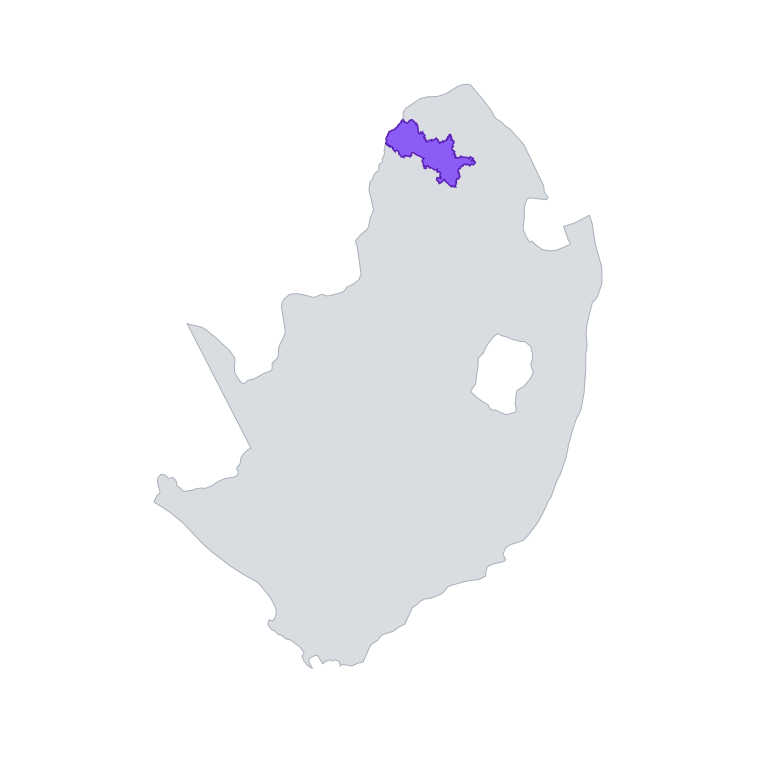 Capricorn, Limpopo, South Africa shown in context, rotated 334°
{"feature_id": "47623444B39961875100415", "entity_name": "Capricorn", "entity_type": "district", "adm_level": 2, "iso_a3": "ZAF", "parent_name": "South Africa", "parent_adm1": "Limpopo", "projection": "natural_earth1", "projection_center": [29.178, -23.544], "detail": "fine", "context": "in_parent", "style": "filled", "palette": "violet", "viewbox_px": 768, "rotation_deg": 334, "n_neighbors": 0, "source": "geoboundaries", "source_scale": "gbopen_adm2", "svg_char_len": 9510}
<svg xmlns="http://www.w3.org/2000/svg" viewBox="0 0 768 768"><g transform="rotate(334 384 384)"><path d="M523.9,145.9L541.0,143.4L548.6,144.8L557.8,148.9L566.4,150.3L581.0,148.8L586.0,149.5L590.0,150.9L592.8,153.1L597.0,169.2L600.5,186.5L600.4,192.0L600.9,194.2L605.0,201.5L606.5,206.1L608.9,209.8L614.1,228.2L614.7,231.4L614.4,276.0L612.3,281.4L613.2,288.4L610.7,289.4L596.3,280.4L593.8,280.7L589.7,284.1L586.0,289.3L584.2,293.8L576.9,305.8L576.4,313.4L576.9,320.0L579.4,320.2L581.1,324.9L585.0,332.4L591.6,337.2L597.8,339.4L606.4,340.0L613.2,339.8L612.8,334.8L614.5,321.2L625.8,322.9L642.6,322.4L641.4,331.2L635.1,351.3L631.1,373.8L626.0,385.2L623.2,389.9L615.0,398.2L610.7,401.0L607.1,401.9L593.1,418.7L587.9,426.8L583.3,438.7L578.7,445.1L571.9,459.0L560.1,479.4L550.2,492.8L545.8,496.7L542.8,498.5L535.0,506.2L523.9,518.7L515.5,529.8L502.9,542.4L495.6,547.9L484.7,558.8L481.6,560.4L469.3,570.4L460.5,576.5L446.2,583.6L440.5,585.6L426.9,583.8L421.2,584.8L416.5,589.0L416.2,595.2L414.2,596.1L401.7,593.3L396.5,593.8L393.6,597.0L391.2,601.2L384.0,601.4L371.2,597.1L356.2,594.5L352.7,594.2L345.5,597.4L343.0,597.8L332.4,597.2L326.5,595.1L320.9,595.1L316.6,596.8L311.4,597.4L297.6,608.9L290.3,609.0L284.0,610.3L272.9,608.7L269.6,609.5L266.3,611.5L258.8,612.4L255.9,614.1L243.4,624.6L238.2,623.5L231.5,623.4L223.9,617.8L221.0,618.2L221.7,616.5L221.9,613.5L219.1,610.4L216.2,610.6L214.5,608.1L210.0,607.8L206.3,608.6L205.3,598.9L203.6,597.9L199.0,597.7L196.8,598.0L195.8,598.9L194.7,601.2L194.9,608.0L193.3,606.0L191.3,601.9L190.6,597.6L191.1,592.4L194.5,590.5L193.3,584.0L187.6,572.8L184.3,570.4L181.6,564.6L179.0,562.5L177.8,558.5L175.2,555.2L174.2,550.1L175.5,547.2L177.6,545.6L179.9,548.1L182.6,547.1L186.4,543.5L188.5,537.9L188.4,528.9L187.7,523.3L184.1,508.8L182.6,505.5L175.2,495.1L166.7,481.3L155.7,459.4L150.4,446.2L142.1,419.7L135.0,404.7L126.5,390.7L125.4,389.8L126.6,388.1L130.9,384.8L132.8,384.0L133.9,384.4L134.9,383.5L135.8,381.3L136.4,376.3L138.3,371.1L140.1,368.9L143.9,367.4L146.9,369.4L148.2,371.3L148.7,373.8L150.1,375.0L152.2,374.9L153.7,376.5L154.6,379.7L154.5,382.0L153.4,383.4L153.6,385.3L155.1,387.7L156.9,392.8L164.9,395.5L169.4,395.8L173.6,397.2L177.7,399.5L184.2,400.0L193.3,398.8L200.8,399.4L206.7,401.6L211.0,402.0L213.6,400.6L214.7,398.5L214.3,395.9L215.5,394.2L218.5,393.5L220.8,391.4L222.5,388.1L226.6,385.4L233.1,383.4L236.3,383.4L233.5,243.5L245.2,253.1L248.0,257.6L253.9,270.7L260.0,286.8L261.1,294.6L260.9,296.3L255.1,307.0L255.0,312.2L255.8,318.3L257.2,321.4L259.0,322.4L263.1,320.9L269.4,322.5L281.6,321.8L287.6,322.6L289.1,322.1L290.5,320.8L292.0,317.1L293.4,315.9L299.0,314.3L301.5,312.1L305.4,304.9L317.3,295.1L318.6,292.8L325.8,269.4L328.1,266.1L331.4,263.9L338.0,262.1L341.9,263.1L346.1,265.1L350.9,268.5L358.1,274.9L360.5,275.8L367.5,276.1L371.9,280.3L385.2,283.1L389.0,282.9L393.1,280.7L399.9,280.8L407.2,279.2L411.6,275.1L419.9,249.5L420.8,243.9L421.8,242.4L428.7,239.5L437.2,237.3L438.9,236.1L444.1,229.0L451.0,223.1L455.7,202.7L458.9,197.8L460.8,195.8L462.0,195.8L463.8,194.5L466.1,192.0L468.8,190.4L472.0,189.9L474.0,188.2L475.0,185.4L476.6,184.1L478.9,184.2L480.2,183.3L480.6,181.5L485.7,177.1L485.9,175.3L488.8,171.0L494.6,164.2L500.1,160.4L505.2,159.6L514.7,156.1L518.1,152.8L520.2,148.4L523.9,145.9ZM508.5,447.3L516.8,443.9L523.0,439.4L524.4,431.0L529.1,425.9L530.8,421.2L532.2,414.6L529.4,407.8L525.5,405.7L518.4,399.8L515.4,395.8L511.2,392.4L508.1,388.4L503.3,389.7L495.8,393.0L491.1,396.0L487.2,399.5L480.2,402.1L473.7,413.3L471.5,415.9L466.5,424.1L459.0,428.2L458.9,429.6L461.4,436.4L464.8,443.0L468.5,448.5L468.3,451.9L469.5,454.5L472.8,456.3L478.3,463.1L481.0,465.3L489.3,466.9L490.5,466.5L492.7,462.4L493.0,459.6L498.5,450.8L500.9,448.1L508.5,447.3Z" fill="#d9dde1" stroke="#a8b0b8" stroke-width="1"/><path d="M517.4,155.2L517.1,155.3L516.6,155.0L515.9,154.8L515.6,154.8L515.2,155.0L514.5,155.4L514.4,155.5L514.5,156.0L514.4,156.4L513.1,156.7L512.7,156.8L511.4,157.0L510.9,157.3L510.5,157.4L510.3,157.6L510.2,157.8L509.8,158.1L509.5,158.0L509.3,158.1L509.1,158.3L508.9,158.6L508.4,159.0L507.6,159.2L506.3,159.1L505.9,159.1L505.2,159.8L504.9,159.9L504.6,160.1L504.3,160.2L504.1,160.2L503.7,159.8L503.2,159.5L502.5,159.6L502.3,159.5L502.0,159.4L501.4,159.6L500.9,159.5L500.4,159.5L500.1,159.4L499.6,159.6L499.2,159.5L498.9,159.6L498.6,160.2L498.3,160.5L497.7,161.0L497.4,160.9L497.2,161.1L496.8,161.2L496.6,161.4L496.5,161.9L496.4,162.1L496.1,162.3L495.8,162.8L495.4,162.8L495.1,162.9L494.9,163.1L494.6,163.1L494.2,163.6L493.7,164.0L493.1,164.9L493.0,165.3L493.1,166.0L493.1,166.5L492.9,166.7L492.7,167.1L492.5,167.3L491.8,167.6L491.4,168.2L491.0,168.6L492.2,169.5L491.5,169.9L492.8,170.9L492.1,171.2L493.3,172.3L492.6,172.6L493.7,173.9L494.3,173.2L495.4,174.6L495.7,175.8L495.0,175.9L495.1,177.7L496.0,180.0L496.1,179.8L497.2,179.3L498.7,180.5L499.2,182.8L498.1,183.6L498.5,184.7L499.3,186.6L499.1,187.4L500.0,187.3L500.3,187.9L501.1,189.2L502.3,188.2L503.1,187.7L503.8,189.0L505.1,189.2L506.0,190.2L506.8,190.2L506.9,191.2L508.4,190.8L509.0,190.5L508.9,190.3L508.9,190.0L509.3,189.7L509.5,189.6L509.5,189.3L509.7,189.0L509.8,188.6L511.4,188.4L512.2,189.7L512.7,190.3L513.3,191.7L514.3,193.1L515.5,194.3L516.5,195.7L517.0,196.6L518.8,198.6L517.6,198.6L517.3,199.3L515.9,200.4L516.0,202.4L515.3,204.7L516.1,205.7L515.0,205.9L515.2,206.5L515.0,207.4L514.8,207.6L515.9,208.7L516.8,208.5L517.3,206.7L518.7,207.3L519.8,207.8L519.3,209.2L520.0,210.0L521.3,210.3L522.2,211.7L522.8,213.3L524.5,214.2L525.7,214.2L526.2,214.4L524.7,216.1L524.7,216.4L525.0,216.9L525.7,216.6L525.8,217.4L526.5,217.6L527.1,218.0L527.3,219.4L527.1,219.4L525.9,220.4L525.9,221.6L526.0,222.7L525.8,223.7L525.2,224.2L524.5,222.4L523.0,222.7L522.1,221.8L520.8,223.3L521.2,225.2L521.8,225.3L521.4,228.0L523.4,228.1L525.2,227.6L527.2,226.8L528.1,226.7L527.9,228.2L528.4,229.8L529.1,231.0L530.5,235.1L531.2,236.3L532.1,235.8L532.6,237.1L533.6,236.7L534.1,237.9L534.8,238.3L534.8,238.0L534.7,237.7L535.0,237.4L535.1,237.1L535.4,236.9L535.6,236.4L536.3,235.8L536.5,235.8L536.5,235.6L536.7,235.3L537.0,235.2L537.3,234.9L537.4,234.6L537.3,234.3L537.1,234.1L537.5,233.8L537.8,233.8L537.9,233.5L537.7,233.1L538.0,232.8L538.2,232.7L538.3,232.5L538.4,232.4L538.5,232.1L538.8,231.7L539.2,231.5L539.3,231.4L539.5,231.6L539.5,231.9L539.6,232.0L540.0,232.0L540.4,232.3L540.5,232.1L540.7,231.8L540.9,231.7L541.0,231.5L541.3,231.5L541.5,231.7L541.7,231.8L541.9,231.7L542.3,231.5L542.6,231.4L542.8,231.3L542.7,231.0L543.0,230.8L542.9,230.6L542.9,230.3L543.0,230.1L543.3,230.0L543.3,229.7L543.4,229.2L543.3,228.8L543.3,228.6L544.2,227.3L544.1,227.2L543.8,227.2L543.7,227.1L543.7,226.8L543.5,226.5L543.5,226.4L543.8,226.3L543.9,225.9L543.9,225.7L543.8,225.4L543.8,225.1L544.0,225.0L544.0,224.6L544.3,224.3L544.6,224.2L545.0,224.1L545.3,224.1L545.4,223.8L545.4,223.5L545.7,223.3L545.9,223.5L546.8,223.6L547.6,223.3L547.7,222.8L547.6,222.5L547.7,222.4L547.8,222.4L548.0,222.5L548.4,222.3L548.6,222.4L549.7,222.5L549.8,222.4L550.0,222.2L550.4,222.2L550.8,222.5L550.9,222.4L551.0,222.0L551.1,221.9L551.3,221.8L551.5,221.9L551.9,221.7L552.4,221.7L552.6,221.8L552.9,221.7L553.1,221.9L553.2,222.2L553.3,222.4L553.9,223.0L554.1,222.9L554.3,223.1L554.7,223.0L554.9,223.2L556.1,223.3L556.3,223.6L556.2,224.0L556.3,224.3L556.3,224.5L556.2,224.8L556.3,225.1L556.5,225.1L556.8,225.3L557.1,225.3L557.3,225.5L557.4,225.3L558.0,224.9L558.3,224.9L558.7,224.7L559.2,224.7L559.3,224.8L559.3,225.0L559.5,225.2L559.6,225.3L559.7,225.5L560.1,225.7L560.3,226.1L560.9,226.0L561.9,225.7L563.3,224.7L562.7,222.4L562.3,222.8L560.4,222.0L561.5,221.1L562.8,220.5L563.1,220.5L563.1,220.3L561.9,218.8L561.0,217.5L559.2,219.2L558.5,217.2L554.0,214.4L553.0,212.8L552.1,213.3L551.6,213.9L551.3,213.7L550.6,213.6L550.2,213.2L549.7,213.2L548.5,212.5L548.4,212.3L548.3,211.8L547.8,211.9L547.3,212.0L547.0,210.9L547.5,210.8L548.0,210.6L548.1,210.4L548.4,210.0L548.3,209.6L548.2,209.1L548.4,208.7L548.0,208.4L548.4,207.3L547.8,207.2L548.7,206.8L549.4,206.2L548.9,205.3L549.0,204.8L548.1,204.1L548.1,203.6L548.3,203.0L548.1,201.7L548.4,201.3L549.5,201.1L550.4,201.0L550.0,200.2L550.0,199.7L550.7,199.1L551.6,198.4L552.1,198.2L552.8,197.6L553.0,196.4L553.2,196.2L552.1,194.9L552.5,194.5L552.2,193.5L551.6,193.7L551.9,192.9L552.3,192.2L552.6,192.4L553.0,192.0L552.9,190.9L553.1,190.4L552.8,190.1L552.9,188.7L551.6,188.7L551.3,189.5L551.3,190.2L551.2,190.4L550.9,190.3L550.6,190.2L550.3,190.5L550.0,190.5L549.6,190.0L549.5,190.3L549.5,190.9L549.4,191.1L549.0,191.3L548.6,191.1L548.4,191.4L548.3,191.8L547.8,191.3L547.4,192.5L546.6,192.2L545.6,192.1L544.2,192.2L543.4,192.4L543.4,191.3L542.5,191.9L541.4,191.7L540.1,191.1L539.8,192.0L539.5,192.1L539.4,192.0L539.3,191.8L539.2,191.4L539.3,191.2L539.5,190.9L539.5,190.6L539.3,190.4L538.9,190.0L539.3,188.9L539.3,188.6L539.7,188.3L539.6,188.2L538.9,187.2L538.7,187.0L538.7,186.6L538.6,186.3L538.7,186.0L537.7,186.1L536.8,186.3L535.2,186.3L533.4,186.5L533.9,185.2L531.2,184.9L529.9,185.4L528.3,184.9L529.2,183.6L528.2,183.4L528.5,182.3L528.3,182.3L527.8,179.9L528.8,180.2L528.5,179.2L529.7,178.6L529.6,177.9L529.3,177.2L528.9,175.9L529.2,174.8L528.0,175.6L528.0,174.4L527.7,173.5L526.8,174.1L525.7,174.8L525.4,173.8L525.1,172.7L525.4,172.0L526.0,170.9L526.5,169.7L526.6,169.1L526.9,168.5L527.6,165.8L526.3,164.9L527.5,163.9L526.5,163.0L526.2,161.5L525.4,159.7L525.1,158.8L523.2,158.3L521.8,158.7L521.0,159.0L520.3,159.5L519.1,159.9L518.6,159.1L517.7,157.6L516.7,157.3L516.8,157.1L516.8,156.7L517.2,156.4L517.2,155.6L517.4,155.3L517.4,155.2Z" fill="#8b5cf6" stroke="#5b21b6" stroke-width="1.5"/></g></svg>